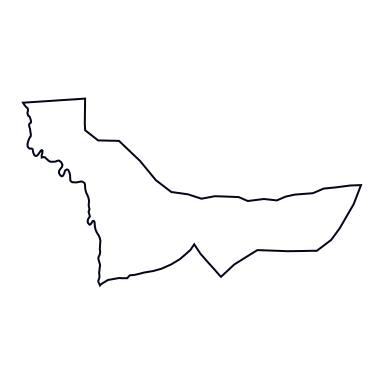 Haraze-Al-Biar, Hadjer-Lamis, Chad
{"feature_id": "50815135B49730685193773", "entity_name": "Haraze-Al-Biar", "entity_type": "district", "adm_level": 2, "iso_a3": "TCD", "parent_name": "Chad", "parent_adm1": "Hadjer-Lamis", "projection": "robinson", "projection_center": [14.887, 12.589], "detail": "fine", "context": "isolated", "style": "outline", "palette": "ink", "viewbox_px": 384, "rotation_deg": 0, "n_neighbors": 0, "source": "geoboundaries", "source_scale": "gbopen_adm2", "svg_char_len": 3199}
<svg xmlns="http://www.w3.org/2000/svg" viewBox="0 0 384 384"><path d="M316.8,250.8L331.2,239.9L339.7,228.3L353.7,204.1L361.0,185.1L350.4,185.5L335.6,187.4L323.6,188.6L312.9,193.2L294.8,194.6L285.7,196.6L276.8,200.4L264.0,199.0L247.8,201.0L238.7,197.1L226.9,196.6L214.9,196.2L201.5,198.7L187.9,194.3L171.3,192.0L155.9,180.2L139.9,160.8L119.0,140.9L98.1,140.4L85.2,130.3L84.8,124.3L85.1,98.6L23.0,102.7L23.9,104.1L24.7,105.3L25.4,106.1L26.0,106.9L26.5,107.3L27.7,108.3L27.9,109.7L28.0,110.5L27.8,111.5L27.6,112.0L27.4,112.9L28.2,115.7L29.6,116.6L29.7,117.0L30.0,117.8L30.2,118.3L30.7,119.7L30.9,121.0L31.1,122.0L30.8,122.7L30.7,122.7L29.9,123.3L29.5,123.6L29.4,123.9L29.2,124.5L29.0,125.0L29.2,125.9L29.4,127.1L30.0,128.6L30.2,130.2L30.3,131.2L30.7,133.5L30.9,134.8L30.6,136.6L30.1,137.0L29.8,137.2L29.6,137.8L28.4,140.5L28.0,142.3L27.5,143.9L27.6,144.8L27.6,145.3L27.6,146.5L28.4,147.6L29.7,148.6L30.3,148.6L31.2,148.6L31.9,148.6L32.6,149.2L32.7,149.3L32.8,150.0L32.9,150.6L33.3,152.9L33.9,154.1L34.5,155.4L36.2,156.0L36.3,156.0L36.4,155.9L37.6,155.2L37.9,154.8L39.3,152.9L41.0,150.5L41.8,150.1L42.5,150.7L42.4,151.7L42.4,152.7L41.6,155.7L41.8,157.1L41.8,157.5L42.1,157.4L43.0,157.1L44.3,157.2L44.8,157.2L48.1,160.3L48.4,160.6L48.5,160.6L50.2,161.7L51.9,161.8L54.2,161.7L55.5,161.6L57.6,160.7L59.0,160.6L60.0,161.3L61.1,162.1L62.5,164.9L61.9,167.1L61.4,167.7L61.3,167.8L60.4,168.9L59.8,169.7L59.0,171.2L59.0,171.8L59.0,173.1L60.1,175.0L60.3,175.3L60.6,175.6L61.5,176.2L62.4,176.2L62.5,176.2L63.8,174.4L64.4,172.7L64.7,171.7L65.1,170.6L66.3,169.8L66.6,169.5L66.9,169.5L67.4,169.5L68.0,169.9L68.4,170.2L68.7,170.9L69.2,172.0L69.4,172.4L69.7,173.7L70.1,175.3L70.1,175.7L70.2,178.4L70.2,179.1L70.3,179.9L70.3,180.2L70.9,181.3L71.1,181.4L72.2,182.2L74.1,182.3L75.6,182.4L76.4,182.4L77.9,182.1L78.9,181.9L80.6,181.6L81.2,181.5L81.4,181.5L81.9,181.5L83.2,182.2L84.4,182.9L84.8,184.1L84.9,184.3L85.0,185.0L85.1,186.9L85.4,189.8L86.2,192.7L87.0,194.2L87.4,195.1L87.8,196.2L88.4,197.6L88.5,197.9L88.8,199.5L89.1,201.0L88.9,202.3L88.7,205.8L89.0,207.2L89.5,209.2L89.4,209.4L88.9,210.8L88.6,211.8L89.7,215.6L89.7,215.8L89.9,216.3L89.3,217.3L88.1,219.1L88.0,219.7L87.6,221.3L87.8,222.0L87.9,222.7L88.5,223.5L89.1,224.2L89.5,224.7L90.7,224.2L91.9,222.4L92.7,221.1L93.2,221.0L93.6,220.9L93.8,220.9L94.0,221.2L94.6,222.2L94.6,222.8L94.9,226.4L95.5,229.5L95.9,230.5L96.8,232.5L99.0,236.0L99.8,238.1L100.0,239.0L100.4,240.6L100.2,243.3L99.8,249.3L100.1,251.0L100.2,251.8L100.1,252.8L99.9,254.0L99.4,255.3L98.7,256.7L98.3,258.1L98.3,258.3L98.3,258.5L99.6,263.2L99.7,263.6L100.1,265.1L99.7,267.9L99.1,273.1L99.3,274.5L99.5,276.2L99.3,278.0L98.3,280.7L98.3,281.3L98.4,282.0L99.1,283.5L100.0,285.4L100.4,284.8L101.2,284.1L107.9,280.0L119.1,278.0L121.7,278.2L127.2,278.2L127.3,278.1L129.8,275.3L131.3,275.2L132.3,275.1L133.4,275.0L135.1,274.8L136.7,274.4L138.6,274.0L143.4,272.7L144.3,272.5L153.3,271.0L161.5,268.7L171.2,264.4L179.8,259.2L185.3,254.5L190.5,249.9L194.2,244.3L200.5,253.8L208.4,262.8L214.3,269.3L220.4,276.3L221.0,276.8L232.0,266.6L234.1,264.6L235.2,263.9L246.7,256.7L252.3,253.2L257.4,250.1L285.4,251.1L287.2,251.2L303.3,251.0L311.1,250.8L316.8,250.8Z" fill="none" stroke="#020617" stroke-width="2"/></svg>